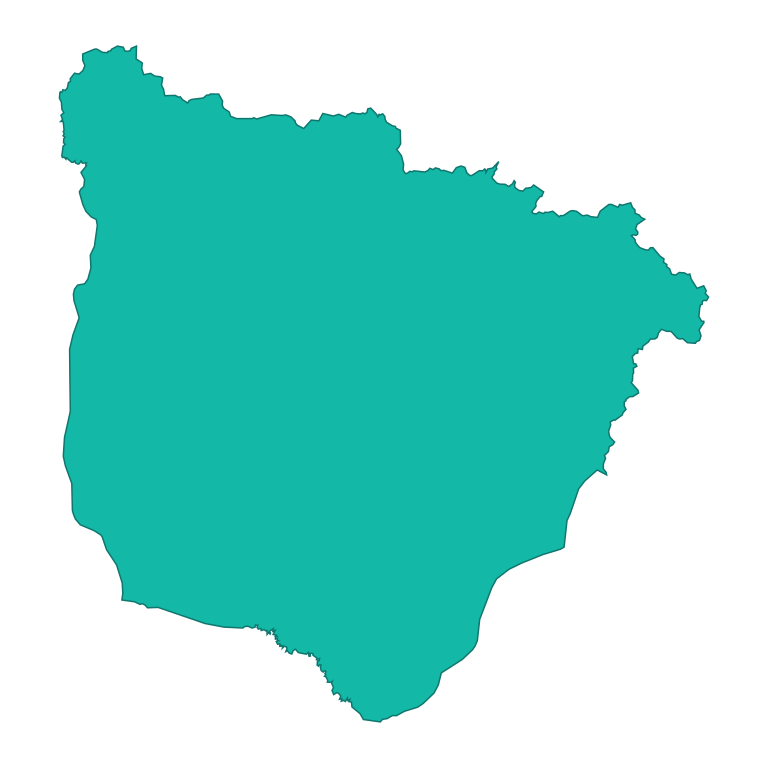 Xaychamphone, Bolikhamxai, Laos
{"feature_id": "54806243B24736520064001", "entity_name": "Xaychamphone", "entity_type": "district", "adm_level": 2, "iso_a3": "LAO", "parent_name": "Laos", "parent_adm1": "Bolikhamxai", "projection": "orthographic", "projection_center": [104.92, 18.569], "detail": "fine", "context": "isolated", "style": "filled", "palette": "teal", "viewbox_px": 768, "rotation_deg": 0, "n_neighbors": 0, "source": "geoboundaries", "source_scale": "gbopen_adm2", "svg_char_len": 5997}
<svg xmlns="http://www.w3.org/2000/svg" viewBox="0 0 768 768"><path d="M606.6,474.9L606.1,472.3L603.3,468.8L603.4,463.7L605.6,458.3L604.4,455.5L608.4,451.6L609.2,446.8L612.7,444.8L614.6,442.1L610.2,437.5L609.3,435.3L608.6,431.2L610.7,425.0L610.2,422.0L613.3,420.1L615.1,420.2L622.4,414.8L623.0,412.7L626.0,409.4L624.3,406.0L624.2,402.0L626.0,400.7L625.9,399.5L629.6,396.7L632.8,396.6L638.6,393.0L638.0,390.3L631.2,382.7L632.5,380.7L632.7,374.3L633.6,373.0L633.4,368.2L636.9,366.2L635.8,363.9L633.6,363.7L632.3,356.6L635.2,353.6L637.7,353.0L638.1,348.7L642.4,349.5L642.9,346.1L648.5,341.9L650.2,339.2L655.0,338.9L657.2,337.4L658.5,333.0L661.4,329.3L666.6,331.3L671.1,331.4L677.3,338.2L680.0,339.1L682.5,338.5L687.4,342.7L695.4,343.3L696.5,341.6L699.5,340.4L701.0,335.9L699.1,329.8L704.0,322.5L703.7,321.2L701.7,321.3L698.9,316.6L699.7,308.0L700.5,304.9L702.1,304.3L702.3,301.6L703.8,300.4L706.5,300.6L708.6,297.1L705.3,293.5L706.2,290.7L703.7,285.8L697.0,288.3L691.2,279.1L689.8,274.0L687.7,274.7L684.4,272.9L679.3,272.5L675.6,275.1L671.5,274.2L669.6,268.9L666.5,266.5L666.9,264.6L663.5,262.3L664.0,258.9L660.0,256.1L652.9,247.6L650.3,247.8L648.4,250.1L645.7,249.9L639.9,247.7L637.6,245.3L635.4,242.3L635.0,239.5L631.4,235.7L633.2,234.7L635.8,235.4L637.6,234.3L637.8,232.0L635.5,228.9L637.1,224.5L644.8,219.2L641.3,217.6L639.2,215.0L635.1,213.3L634.9,209.8L632.4,207.3L630.7,202.8L622.3,205.2L619.7,204.4L618.1,207.3L611.4,204.4L608.8,204.5L600.2,211.2L597.5,217.4L591.0,216.7L587.3,215.1L582.6,215.8L576.6,211.3L572.5,210.6L570.1,211.1L563.4,215.6L560.5,215.6L559.3,216.8L552.7,211.2L548.0,212.5L545.0,212.2L543.4,213.6L539.0,212.0L536.6,213.8L534.9,213.8L532.6,213.0L531.8,211.6L536.0,206.5L535.7,203.2L537.0,200.4L540.0,196.6L541.7,196.4L543.6,191.9L533.7,185.0L531.1,187.5L525.6,188.3L522.9,191.1L518.6,190.3L515.0,187.5L514.5,185.0L515.4,182.2L514.1,180.7L512.5,183.8L508.7,186.5L505.1,184.3L499.7,184.1L496.7,183.0L492.2,178.2L492.2,176.7L494.1,174.2L494.1,172.1L496.9,168.9L496.1,167.1L498.8,161.6L492.6,168.1L487.7,169.0L485.9,172.5L485.4,169.4L484.5,169.0L483.0,170.7L479.3,170.7L471.8,175.5L469.8,175.5L466.8,172.7L464.9,167.4L461.1,166.0L456.3,167.7L452.4,173.1L444.1,170.4L440.9,170.6L439.2,168.9L435.4,167.9L433.1,169.6L429.9,168.3L427.9,170.6L424.7,172.0L413.9,170.8L412.2,171.7L409.7,171.4L407.4,173.3L405.3,173.5L403.1,170.1L403.6,164.0L401.4,155.7L396.6,149.2L398.4,147.9L400.6,143.9L400.3,130.3L396.0,128.2L395.3,126.4L392.7,126.0L386.6,122.3L385.2,119.6L384.8,116.4L382.7,113.8L380.5,114.9L379.1,114.3L377.8,116.8L376.6,114.3L370.7,108.1L367.8,108.9L366.9,112.4L365.0,113.8L363.0,113.0L360.1,113.9L355.6,113.5L352.3,112.5L347.2,115.2L345.6,117.1L338.7,114.3L333.4,116.0L322.8,113.5L318.8,120.8L311.3,120.1L303.7,128.5L297.4,125.3L295.6,123.2L295.0,120.8L291.1,117.0L285.9,114.9L282.1,115.5L271.3,114.8L256.5,119.0L253.8,117.7L252.1,118.6L236.6,118.6L230.6,116.3L229.2,112.0L223.8,108.4L222.1,105.0L222.6,101.1L218.7,94.1L210.3,94.0L209.4,95.0L206.7,95.1L203.3,98.0L191.8,99.4L189.1,100.6L187.7,103.0L182.4,99.6L180.3,96.8L178.7,97.2L175.2,95.4L164.7,95.7L163.5,89.1L161.5,85.3L162.7,78.0L160.1,76.7L154.7,76.1L150.7,73.4L143.7,74.7L141.7,68.4L142.3,63.0L136.1,58.9L136.5,46.1L131.3,48.3L130.1,50.7L127.4,51.3L124.8,50.9L123.3,47.2L117.4,46.1L111.4,49.3L111.0,50.7L108.0,51.4L107.7,52.6L102.6,52.4L96.8,49.1L94.7,49.1L82.7,54.0L82.8,60.6L84.9,65.5L82.9,70.6L78.9,74.1L74.5,73.2L70.2,78.8L70.5,81.4L68.4,82.6L67.2,88.4L65.1,90.4L62.8,89.8L61.9,92.3L60.3,91.8L59.9,92.6L59.4,98.2L61.4,102.2L61.9,109.4L63.8,112.7L61.0,115.2L62.5,119.6L60.7,121.5L63.2,121.4L64.1,130.3L63.2,131.6L64.2,133.7L63.1,135.8L65.0,137.1L63.8,138.7L63.5,142.7L65.2,144.3L63.1,146.2L61.8,156.0L62.4,157.5L64.2,157.3L66.0,159.2L66.3,157.8L66.9,158.1L71.5,162.2L73.3,162.3L74.9,160.7L75.5,162.9L77.9,164.1L79.3,163.7L81.1,160.9L82.4,163.2L86.4,162.8L85.6,164.9L86.5,165.7L81.0,172.4L84.6,179.4L83.8,186.5L80.9,189.1L79.4,191.8L79.7,193.4L82.9,204.6L85.9,211.3L91.2,216.9L96.3,219.5L97.3,225.5L94.4,246.4L90.3,255.2L90.9,268.0L87.9,279.1L84.6,283.8L77.6,285.1L74.5,289.2L73.4,294.2L74.0,300.7L79.2,317.7L73.0,334.8L69.6,349.3L70.3,411.4L64.5,437.4L63.3,456.3L65.4,465.8L71.8,483.5L72.4,510.4L73.4,514.1L75.4,519.0L80.3,524.8L94.0,530.6L100.9,535.0L102.2,536.9L106.6,549.8L116.6,564.9L122.2,582.9L122.8,593.2L121.9,600.0L134.6,601.8L140.0,604.4L142.1,603.6L145.0,605.0L147.5,607.8L158.0,607.4L205.0,623.5L224.0,627.1L242.9,628.0L244.7,626.5L248.1,626.3L251.9,628.0L255.0,627.2L255.5,625.0L257.9,625.3L257.0,627.2L258.3,629.1L261.0,628.5L261.2,630.5L264.1,629.7L265.8,630.9L267.0,630.5L267.1,634.3L268.4,632.6L270.1,634.1L270.5,633.2L269.4,631.4L273.4,628.7L272.9,631.3L275.1,630.4L273.1,634.5L276.3,635.2L277.1,636.4L275.2,636.6L275.7,638.6L274.8,639.3L277.5,638.5L277.3,640.4L278.5,640.8L276.3,641.5L277.6,644.2L279.8,643.8L279.8,646.3L281.0,646.1L280.6,644.6L281.7,646.1L282.8,645.8L282.4,648.1L284.1,646.3L286.6,647.0L287.0,648.7L285.8,651.6L287.5,650.8L289.2,653.1L291.8,654.0L293.3,650.4L295.5,649.2L298.3,652.6L306.3,654.2L308.2,652.5L309.1,656.3L310.4,656.0L309.9,653.3L313.0,653.6L313.0,655.3L316.7,657.8L316.5,659.5L319.6,658.5L319.2,660.6L317.5,660.9L317.1,665.1L318.5,666.1L319.4,664.8L321.0,664.9L320.3,667.1L321.2,670.6L323.2,672.1L324.9,670.5L326.0,671.9L324.9,673.7L325.8,675.0L324.5,676.3L325.9,676.8L327.8,680.3L327.3,682.1L330.6,682.3L332.2,681.4L331.5,682.8L333.5,687.8L332.0,690.3L333.7,694.6L336.9,692.6L338.7,693.5L340.8,696.1L339.5,699.3L342.0,698.8L341.3,701.2L343.9,700.4L345.4,701.5L347.4,698.1L347.8,700.5L349.9,699.4L348.9,701.6L351.4,702.1L352.0,707.0L360.1,713.7L363.4,719.5L380.3,721.9L382.6,719.3L386.9,718.7L392.6,715.5L396.4,715.7L404.4,711.3L417.8,707.1L423.0,703.6L433.9,693.2L438.3,685.0L441.3,672.9L462.3,659.4L472.5,649.8L475.0,646.1L477.3,640.8L479.7,619.3L491.8,587.6L496.6,578.8L509.1,569.2L521.8,563.0L542.7,554.6L560.5,549.2L564.1,547.1L567.0,520.5L570.2,513.7L578.7,488.8L584.9,480.8L597.2,470.0L606.6,474.9Z" fill="#14b8a6" stroke="#0f766e" stroke-width="1.5"/></svg>